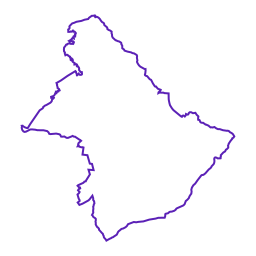 Viperesti, Buzau, Romania (Albers equal-area conic projection)
{"feature_id": "2599482B5774705795524", "entity_name": "Viperesti", "entity_type": "district", "adm_level": 2, "iso_a3": "ROU", "parent_name": "Romania", "parent_adm1": "Buzau", "projection": "albers", "projection_center": [26.456, 45.246], "detail": "fine", "context": "isolated", "style": "outline", "palette": "violet", "viewbox_px": 256, "rotation_deg": 0, "n_neighbors": 0, "source": "geoboundaries", "source_scale": "gbopen_adm2", "svg_char_len": 5602}
<svg xmlns="http://www.w3.org/2000/svg" viewBox="0 0 256 256"><path d="M128.0,224.2L133.8,222.0L136.2,222.3L138.2,221.9L143.4,221.4L149.3,219.6L155.6,218.6L158.3,217.8L164.7,217.7L165.2,216.2L165.3,214.1L165.6,213.8L168.1,213.2L169.4,212.0L170.3,211.7L171.8,211.6L174.2,210.8L175.6,209.8L176.3,208.7L177.1,208.2L183.2,205.5L183.7,205.1L184.6,204.2L185.8,201.0L187.4,199.7L188.9,198.0L189.4,196.5L190.6,194.6L191.3,193.7L191.6,191.5L191.3,189.8L191.9,187.6L193.3,185.3L195.2,183.6L197.8,179.9L201.3,175.4L201.7,175.1L203.5,174.8L205.4,173.3L208.7,169.5L210.5,168.1L211.2,167.3L211.6,166.3L213.6,164.2L214.1,163.1L214.4,161.8L214.4,160.4L214.2,158.9L214.6,157.8L215.0,157.5L215.5,157.4L216.6,157.7L217.7,158.4L220.6,158.3L220.7,158.1L220.6,157.0L220.9,156.3L220.8,155.2L223.3,152.5L225.1,151.4L225.9,149.7L226.9,149.1L228.2,147.7L228.3,147.0L228.0,145.7L228.5,144.6L228.7,143.7L230.7,140.7L232.2,138.9L232.2,138.4L233.5,137.6L234.3,136.4L232.9,134.1L231.7,133.1L229.8,132.1L229.2,131.3L228.6,131.0L227.8,130.7L227.0,130.8L222.9,130.2L219.7,129.1L217.9,129.1L216.3,128.4L214.4,127.0L212.7,127.5L211.7,127.3L210.5,127.4L208.4,125.6L206.1,124.6L205.6,124.6L203.1,122.8L202.1,122.8L200.9,122.5L200.3,122.0L199.7,120.4L199.4,120.0L198.2,119.8L198.1,119.1L198.2,117.2L198.4,116.7L198.3,116.3L196.6,114.7L195.4,112.8L193.0,113.2L191.0,112.2L189.6,112.3L188.8,113.1L188.3,114.3L187.9,114.6L187.2,114.6L186.0,114.0L185.7,115.4L184.8,116.5L183.6,115.6L183.2,115.5L182.4,115.8L181.9,116.8L181.6,116.7L180.8,116.2L173.4,110.1L172.0,108.4L170.0,105.2L169.4,103.0L168.8,100.0L168.7,98.8L168.6,93.4L164.3,93.1L163.6,92.7L159.7,92.6L159.3,92.6L158.4,93.1L158.5,92.4L160.5,90.4L160.7,89.8L157.8,88.7L156.0,86.5L155.3,86.6L154.8,86.3L152.9,83.4L151.5,80.6L151.0,79.8L149.7,79.2L147.2,76.2L145.7,75.7L145.0,75.1L144.9,74.6L145.3,73.2L145.6,70.2L145.5,69.1L145.2,69.2L144.4,68.9L140.4,66.7L139.0,65.4L137.8,63.6L137.1,62.2L137.0,61.7L137.4,60.5L136.9,57.7L137.1,56.1L136.7,55.0L134.1,53.4L132.4,53.1L131.2,52.4L127.5,51.6L124.5,50.6L124.0,49.5L122.3,48.3L122.2,45.5L121.4,44.4L121.3,43.1L121.1,42.7L119.2,41.5L117.3,41.0L116.4,40.4L115.6,40.3L112.7,37.6L112.1,36.2L112.0,34.4L111.5,33.1L111.7,31.8L111.5,31.5L109.9,30.4L108.7,30.0L107.4,29.1L107.4,28.2L107.1,27.8L107.0,27.3L104.4,25.1L104.2,24.8L104.1,23.6L103.7,23.0L102.0,22.0L100.7,20.4L100.1,19.3L98.8,17.9L97.6,17.1L96.7,16.8L96.2,16.7L95.7,17.2L95.3,17.2L95.0,16.7L95.1,15.6L94.9,15.4L93.1,15.8L91.8,15.8L89.0,17.8L88.2,19.0L84.6,19.7L81.4,20.9L76.4,21.8L74.2,22.8L72.2,23.4L70.0,25.6L69.4,26.4L69.4,26.8L69.6,27.8L69.5,28.2L69.1,28.9L68.2,29.5L68.3,31.9L69.9,31.9L70.5,31.5L71.8,31.7L72.9,30.6L73.6,31.7L74.4,31.5L74.9,31.9L75.8,33.0L75.8,33.6L74.9,34.1L75.3,35.2L75.2,36.1L74.6,35.7L73.7,36.3L73.8,36.7L73.9,38.5L73.5,38.3L73.3,37.6L72.7,37.6L72.3,38.5L71.7,38.9L71.7,39.4L69.0,40.9L69.9,41.6L70.6,41.5L70.7,41.2L71.6,40.9L72.6,41.4L73.3,41.4L73.6,41.9L73.9,42.1L73.9,42.4L73.3,43.7L72.8,43.4L72.3,43.9L70.4,43.8L69.1,43.3L67.8,43.8L67.1,44.5L66.6,44.4L66.1,44.7L65.3,46.1L64.1,47.5L63.9,49.6L64.1,51.5L64.9,52.4L64.8,53.6L65.4,55.3L66.7,54.7L67.6,54.9L68.2,55.7L70.1,56.7L70.2,57.1L69.9,57.4L70.0,57.7L70.5,58.1L71.2,58.1L71.6,58.4L71.2,59.2L70.6,59.8L70.7,60.0L71.1,60.2L71.6,59.9L72.3,59.3L72.5,59.3L72.9,60.2L72.5,61.5L73.2,62.2L74.6,63.0L74.4,64.5L74.8,64.5L76.1,64.1L76.9,64.5L77.4,65.6L76.8,65.9L76.8,66.1L77.2,66.5L77.6,66.4L78.1,66.6L78.9,67.6L78.9,68.0L79.2,68.7L79.0,69.9L79.8,71.0L80.9,72.2L81.8,72.1L82.0,73.4L81.9,74.4L81.2,74.8L80.0,74.9L78.9,74.1L78.7,73.7L78.1,74.4L77.2,75.3L76.9,75.3L76.7,73.8L76.1,72.7L76.0,71.8L75.4,71.1L67.5,75.9L60.9,80.5L56.5,83.0L56.8,83.5L56.9,84.4L57.1,84.6L57.0,85.3L57.6,87.2L57.5,87.9L59.1,89.1L59.6,90.4L58.3,90.9L58.1,90.7L57.8,90.9L57.5,91.4L57.8,91.7L57.1,92.0L56.9,91.9L56.9,91.5L55.9,91.6L55.9,91.9L56.5,92.8L56.4,93.3L55.6,93.5L55.3,93.1L55.2,93.2L55.0,94.1L54.1,95.6L53.4,96.0L51.1,96.8L51.2,97.8L53.2,97.8L53.8,97.9L53.7,98.2L52.2,99.4L52.0,99.7L51.8,101.0L51.2,101.9L50.4,102.7L46.6,104.9L44.6,105.8L44.2,106.3L43.2,107.0L43.1,107.7L42.6,108.4L39.7,110.3L30.2,124.1L27.8,128.0L26.7,128.0L24.8,127.3L22.9,126.1L22.6,125.7L21.8,125.8L22.0,126.4L21.7,127.8L22.2,129.8L23.3,131.3L24.4,131.9L25.9,131.7L30.2,129.5L32.0,129.4L35.2,129.7L37.4,130.2L43.6,130.3L47.2,131.1L48.6,132.4L49.2,133.8L50.4,134.1L56.1,133.6L57.7,133.9L59.4,134.3L60.1,134.7L61.1,136.6L62.3,136.7L64.4,136.5L66.5,137.8L67.9,137.9L71.7,136.4L72.6,135.9L74.0,136.7L75.0,136.7L79.5,139.7L80.2,140.0L81.1,140.8L78.6,143.0L78.4,143.8L78.1,144.2L78.4,144.9L77.7,146.3L79.1,146.2L79.4,146.7L81.4,147.3L82.6,147.2L83.5,147.5L82.5,154.6L87.4,155.2L89.8,163.6L92.0,163.9L93.6,170.1L88.5,169.7L89.9,174.4L86.0,180.6L85.8,181.3L84.4,181.6L84.0,182.2L83.2,182.9L78.1,185.2L77.6,185.7L78.0,186.0L77.9,186.1L78.9,187.2L80.0,187.5L80.2,188.4L78.7,189.2L78.0,190.3L79.6,192.0L78.9,193.2L77.5,194.5L78.7,198.6L79.6,200.2L79.6,201.0L77.7,202.5L79.4,204.9L82.5,203.7L88.5,200.4L89.7,199.2L92.4,195.7L93.2,198.2L93.2,200.0L93.9,200.8L94.0,201.4L94.2,201.7L94.4,203.5L93.8,204.4L93.6,205.9L93.2,206.5L93.4,209.0L93.2,209.5L93.1,211.3L93.3,212.2L93.2,212.8L92.0,215.0L92.6,215.5L92.9,216.3L93.4,217.0L95.2,218.2L95.8,218.9L95.8,220.3L95.5,221.7L95.8,222.9L95.7,224.4L96.4,225.8L97.3,227.2L98.2,227.7L98.5,228.2L99.0,228.9L99.0,229.7L102.0,233.1L102.8,233.7L103.0,234.7L103.6,235.7L103.9,237.2L104.5,238.1L105.6,239.2L106.4,240.6L109.6,238.8L111.2,238.1L111.8,237.6L113.2,237.1L114.2,236.3L115.5,235.5L116.8,234.6L118.1,231.9L118.8,231.1L119.4,230.7L121.5,228.9L123.2,228.5L125.6,227.2L127.0,225.9L128.0,224.2Z" fill="none" stroke="#5b21b6" stroke-width="2"/></svg>